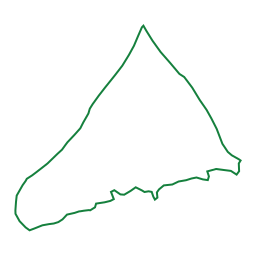 the district of Fenetoe, Grand Kru, Liberia
{"feature_id": "62588387B87662048762198", "entity_name": "Fenetoe", "entity_type": "district", "adm_level": 2, "iso_a3": "LBR", "parent_name": "Liberia", "parent_adm1": "Grand Kru", "projection": "orthographic", "projection_center": [-8.376, 4.908], "detail": "fine", "context": "isolated", "style": "outline", "palette": "green", "viewbox_px": 256, "rotation_deg": 0, "n_neighbors": 0, "source": "geoboundaries", "source_scale": "gbopen_adm2", "svg_char_len": 1270}
<svg xmlns="http://www.w3.org/2000/svg" viewBox="0 0 256 256"><path d="M15.5,213.8L19.6,221.2L25.6,227.4L29.6,230.3L34.4,228.5L42.4,225.3L49.1,224.1L53.8,223.5L58.3,222.1L62.5,219.4L67.0,214.6L74.6,212.9L79.1,211.4L80.2,211.3L83.9,210.7L88.9,210.1L90.2,210.3L95.0,207.3L96.1,203.6L104.6,202.3L110.4,200.9L113.8,199.1L111.0,191.9L114.3,190.2L115.9,191.3L120.4,194.4L124.2,194.7L130.6,190.9L135.7,187.3L141.7,190.3L144.5,192.0L148.6,191.3L151.7,191.9L153.3,196.6L154.9,199.6L157.4,197.6L156.9,192.4L159.0,189.4L163.8,185.4L172.3,184.5L178.6,181.5L186.1,180.2L191.5,178.5L196.5,177.5L202.9,179.4L207.8,180.1L208.9,176.4L207.3,171.4L216.1,169.0L223.8,170.0L230.9,170.9L236.6,174.6L239.1,171.2L238.8,163.4L240.6,160.5L238.9,159.3L231.8,155.3L227.8,151.9L222.4,143.8L216.7,128.9L211.4,118.5L206.6,109.9L199.8,100.1L192.2,87.6L184.2,77.0L179.4,73.9L170.4,63.2L160.6,52.0L152.5,40.7L146.4,30.9L143.4,25.7L141.9,27.3L138.1,36.0L133.9,45.9L133.0,47.5L129.0,54.8L122.3,65.7L114.9,75.3L105.1,87.5L98.8,95.6L92.6,104.2L89.8,108.7L88.4,113.5L83.3,122.4L80.3,128.3L74.5,134.8L67.5,142.2L65.4,145.0L62.0,149.7L57.5,153.8L47.5,163.5L36.6,172.0L32.1,175.4L26.8,178.8L25.6,181.0L22.6,185.2L16.7,195.6L16.0,201.9L15.4,210.5L15.5,213.8Z" fill="none" stroke="#15803d" stroke-width="2"/></svg>